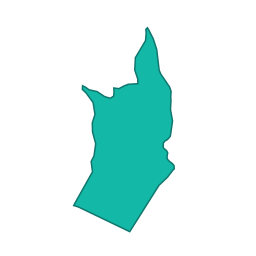 the Province of Makamba, rotated 303°
{"feature_id": "BDI-2641", "entity_name": "Makamba", "entity_type": "Province", "adm_level": 1, "iso_a3": "BDI", "parent_name": "Burundi", "parent_adm1": "", "projection": "mercator", "projection_center": [29.841, -4.203], "detail": "fine", "context": "isolated", "style": "filled", "palette": "teal", "viewbox_px": 256, "rotation_deg": 303, "n_neighbors": 0, "source": "natural_earth", "source_scale": "10m", "svg_char_len": 919}
<svg xmlns="http://www.w3.org/2000/svg" viewBox="0 0 256 256"><g transform="rotate(303 128 128)"><path d="M222.6,89.7L222.0,91.2L216.5,100.7L209.5,109.3L193.5,122.6L191.1,126.1L185.1,140.4L182.2,144.2L177.0,147.1L174.6,149.0L166.6,153.6L158.2,161.5L145.7,167.3L143.7,168.0L139.8,167.4L137.2,166.1L134.7,165.8L130.9,168.1L130.5,168.9L130.0,172.7L128.8,174.8L124.8,176.6L123.3,178.0L122.5,181.3L122.4,184.4L121.6,187.0L118.9,189.1L117.9,188.7L108.3,187.9L96.8,185.2L42.0,185.9L34.7,129.2L33.4,124.7L36.3,124.4L71.9,122.1L79.9,115.3L86.0,114.7L97.2,109.5L105.5,100.3L112.8,95.3L121.4,92.9L130.3,84.9L134.5,74.0L135.5,68.7L138.7,66.9L139.1,70.3L138.8,74.5L141.7,82.1L141.6,91.2L143.2,96.8L146.7,98.6L150.5,96.8L153.8,94.3L156.1,99.0L160.5,101.4L164.7,104.3L170.5,112.1L174.3,109.6L180.4,102.0L191.0,95.9L210.9,95.1L217.4,91.6L220.5,89.2L222.5,89.7L222.6,89.7Z" fill="#14b8a6" stroke="#0f766e" stroke-width="1.5"/></g></svg>